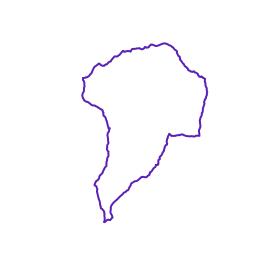 outline of Langthil, Tongsa, Bhutan, rotated 302°
{"feature_id": "84629894B85731212133965", "entity_name": "Langthil", "entity_type": "district", "adm_level": 2, "iso_a3": "BTN", "parent_name": "Bhutan", "parent_adm1": "Tongsa", "projection": "orthographic", "projection_center": [90.569, 27.339], "detail": "fine", "context": "isolated", "style": "outline", "palette": "violet", "viewbox_px": 256, "rotation_deg": 302, "n_neighbors": 0, "source": "geoboundaries", "source_scale": "gbopen_adm2", "svg_char_len": 5905}
<svg xmlns="http://www.w3.org/2000/svg" viewBox="0 0 256 256"><g transform="rotate(302 128 128)"><path d="M43.8,162.3L44.1,162.1L45.6,160.4L46.5,158.5L47.0,158.0L47.6,157.5L50.2,156.4L51.2,155.6L52.4,155.2L54.0,155.0L56.5,155.2L58.5,155.7L62.2,156.8L65.7,157.5L67.7,158.1L68.6,158.5L70.9,158.7L72.4,159.8L74.1,160.1L75.1,160.9L76.4,161.0L78.2,160.6L80.0,160.7L81.0,160.6L82.2,160.2L83.0,160.3L85.9,161.7L86.7,162.3L87.5,163.3L87.9,163.6L89.8,164.4L91.1,164.7L92.2,165.1L93.3,165.3L93.7,165.6L94.1,165.9L94.5,166.6L95.5,169.0L96.0,169.6L96.4,169.8L97.9,170.1L99.2,170.9L99.7,170.9L100.1,170.6L100.9,170.7L101.5,170.5L101.9,170.1L102.1,170.1L102.5,170.5L103.0,170.8L104.5,171.0L107.2,171.0L108.0,171.2L109.0,171.7L109.3,171.8L110.9,171.7L111.2,171.6L111.5,171.3L112.4,172.6L112.7,172.9L112.9,172.9L113.3,172.8L113.7,172.4L114.4,172.4L115.7,171.4L116.2,171.2L116.8,170.8L117.0,170.8L118.1,171.3L118.6,171.4L119.0,171.2L119.4,170.6L119.7,170.4L121.0,170.3L121.6,170.7L122.0,170.8L122.9,170.7L124.3,170.7L125.0,170.5L126.6,170.5L127.1,170.4L127.8,170.6L128.4,170.4L128.9,170.0L129.8,169.7L130.3,169.7L131.2,169.2L132.1,169.2L132.7,169.1L133.3,169.1L134.1,169.6L134.8,169.8L135.5,169.5L136.3,168.6L137.2,167.8L138.1,167.6L139.3,167.0L140.3,167.1L140.9,166.7L141.5,166.6L142.0,166.3L143.3,166.4L144.8,166.1L144.9,166.6L144.8,167.2L144.7,167.8L144.3,168.6L144.4,169.2L144.5,169.4L144.8,169.6L145.4,170.8L146.1,171.7L146.4,172.3L146.9,172.5L147.7,173.5L148.3,174.0L148.8,174.8L149.1,175.4L149.6,175.5L150.0,176.2L150.8,176.7L151.2,177.1L151.5,177.9L151.4,179.0L151.8,180.0L152.0,181.5L152.8,183.2L153.3,183.9L153.7,185.0L154.7,186.1L155.1,186.9L155.8,188.6L156.1,189.1L157.2,189.6L157.6,190.0L158.3,190.9L158.9,192.2L159.2,192.6L160.2,192.1L161.5,191.0L163.5,189.5L164.4,189.3L165.9,189.1L167.8,188.5L168.1,188.4L168.7,187.8L170.3,186.6L170.5,186.3L171.5,185.7L172.1,185.1L172.5,184.8L173.5,184.6L175.6,183.9L176.4,184.0L177.9,183.7L178.6,183.5L179.7,182.7L180.6,182.9L181.6,182.6L184.5,181.1L189.1,180.0L189.8,179.2L190.6,178.6L191.5,178.5L192.4,178.3L192.9,178.0L193.9,178.3L194.6,178.2L195.5,177.8L198.1,177.3L198.6,176.8L199.3,176.4L200.4,176.1L200.8,175.9L201.2,175.5L201.5,174.9L201.7,174.7L203.2,173.9L203.5,173.6L203.8,173.2L204.1,172.5L205.3,171.0L207.1,169.9L207.4,169.6L207.7,168.9L208.0,168.7L208.5,168.4L209.1,167.9L210.2,167.5L210.5,167.2L210.4,165.9L210.6,165.3L210.2,164.5L210.4,163.9L210.6,163.7L210.7,163.1L210.5,162.8L209.8,162.6L209.6,161.9L209.4,161.6L209.3,161.2L209.7,160.4L209.8,159.6L210.7,158.9L211.0,157.0L211.0,156.6L210.9,156.2L210.6,155.5L210.5,155.2L211.0,154.1L211.0,153.9L210.7,153.5L209.8,153.0L209.6,152.7L209.5,151.8L209.3,151.5L209.1,151.1L209.2,150.2L209.3,149.8L209.1,149.0L209.1,148.2L209.3,147.9L209.8,147.6L210.0,147.3L210.1,146.4L210.5,145.7L210.5,144.7L210.4,144.3L210.6,143.8L210.7,143.2L210.9,142.7L211.6,141.8L211.8,141.4L211.8,140.7L213.1,137.3L213.4,137.0L213.4,136.4L213.6,135.9L214.4,135.4L214.7,134.9L215.3,134.5L215.5,134.5L215.9,133.7L215.8,133.2L215.8,132.7L216.3,131.8L217.0,130.7L217.5,129.8L217.6,129.6L218.5,129.3L219.1,128.6L219.2,128.3L219.3,126.1L219.5,125.2L220.1,123.8L220.2,122.7L220.1,122.2L220.3,121.8L220.4,121.3L220.4,120.5L220.0,119.3L220.1,118.0L219.9,117.2L220.0,116.8L219.4,114.6L219.2,114.2L218.7,113.6L217.4,112.3L214.0,110.0L212.8,108.9L212.1,107.8L212.0,106.4L211.7,105.0L211.6,104.4L211.1,103.9L211.0,103.3L210.1,103.1L208.5,102.6L207.7,102.8L207.2,102.6L205.8,101.0L206.0,100.1L205.7,99.5L205.4,99.4L204.1,99.4L202.9,98.9L202.4,98.4L202.1,98.0L201.8,97.0L201.8,96.5L201.8,95.5L201.3,95.0L200.6,93.9L199.0,92.2L198.2,91.0L197.0,89.6L194.2,89.6L194.0,88.4L193.4,87.7L192.9,86.6L191.7,85.5L190.8,84.7L190.6,84.2L190.8,83.8L190.9,83.1L190.6,82.9L189.9,82.6L187.0,82.3L186.0,82.1L185.6,82.1L185.1,81.9L184.3,81.4L183.7,81.2L183.1,81.2L181.5,78.6L176.5,77.9L175.6,78.1L173.6,76.8L172.1,76.6L170.6,76.2L170.4,75.7L169.1,75.0L168.0,74.7L167.4,73.6L167.3,72.9L167.0,72.3L166.9,71.4L167.3,70.7L167.3,69.7L167.3,69.3L166.6,68.9L165.1,68.5L162.1,67.2L160.8,67.2L158.9,67.4L157.8,67.5L156.0,67.9L154.7,67.9L153.3,67.5L151.8,67.5L149.1,66.3L148.9,65.6L148.0,65.1L147.4,64.5L146.6,63.4L145.7,63.8L144.9,64.4L144.6,64.9L144.4,65.6L143.3,67.0L141.7,67.9L140.3,69.1L138.6,69.5L137.5,70.1L136.7,70.7L136.0,71.0L135.2,71.2L133.2,71.3L131.7,71.8L130.5,72.8L129.5,73.9L129.0,75.1L128.3,76.1L128.2,76.5L128.2,78.8L128.7,80.0L128.7,81.3L128.5,83.1L128.2,84.6L128.5,86.4L129.3,87.4L129.4,87.9L129.4,89.2L129.7,90.9L129.5,92.0L129.6,97.0L128.3,98.2L128.1,98.9L127.9,99.1L127.2,99.3L126.9,99.7L126.0,100.2L125.6,100.6L125.5,100.8L125.3,102.6L125.1,103.1L123.8,104.7L123.1,105.4L122.7,106.1L122.2,106.8L121.6,107.3L120.7,108.3L119.3,109.6L118.8,110.2L118.5,110.7L117.6,111.5L118.1,112.6L117.9,112.8L116.6,112.9L115.2,113.6L112.9,113.6L112.2,113.8L111.3,114.3L110.8,114.5L109.7,115.6L108.1,116.9L107.0,117.6L106.0,118.3L105.4,119.1L105.1,119.3L104.4,119.4L102.1,119.6L100.6,120.6L100.4,120.8L99.3,121.0L98.7,121.5L97.9,122.8L97.5,124.1L97.0,124.3L96.3,124.5L95.0,125.6L94.6,125.9L94.2,126.1L93.5,126.3L92.0,126.2L89.2,127.5L87.6,127.8L86.4,128.7L85.7,128.8L85.5,129.0L84.6,129.7L84.2,129.8L82.8,129.4L81.7,129.4L81.0,129.5L79.0,129.7L77.9,129.8L76.5,130.2L74.0,129.7L73.2,129.4L72.4,129.3L71.3,129.6L70.4,130.0L69.7,130.2L68.7,130.1L67.3,129.8L66.4,129.2L65.1,129.2L63.6,129.4L61.9,129.8L61.7,130.2L61.8,131.4L61.7,132.1L61.1,132.8L60.7,133.3L60.1,134.2L59.8,134.4L58.1,135.1L57.3,135.7L52.6,140.5L51.9,141.4L50.8,142.8L49.3,144.2L48.1,145.0L47.8,145.3L47.3,146.2L46.3,146.9L45.6,147.6L45.5,147.8L45.7,148.6L45.7,148.8L45.4,149.5L45.2,150.4L44.7,151.6L44.1,152.4L43.1,153.1L42.5,153.8L41.6,154.1L39.6,155.7L38.6,156.4L36.7,157.4L36.1,157.4L35.7,157.4L35.6,157.7L35.7,157.9L35.9,158.1L38.1,158.9L38.8,159.0L39.3,159.3L39.8,159.8L40.1,161.1L40.3,161.4L40.8,161.7L41.6,161.9L42.1,161.8L42.6,161.9L43.8,162.3Z" fill="none" stroke="#5b21b6" stroke-width="2"/></g></svg>